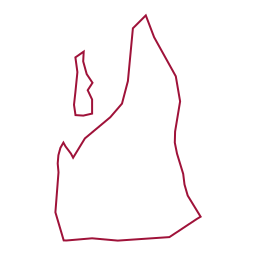 an SVG outline of Kaskazini-Unguja
{"feature_id": "TZA-3383", "entity_name": "Kaskazini-Unguja", "entity_type": "Region", "adm_level": 1, "iso_a3": "TZA", "parent_name": "United Republic of Tanzania", "parent_adm1": "", "projection": "orthographic", "projection_center": [39.264, -5.876], "detail": "fine", "context": "isolated", "style": "outline", "palette": "rose", "viewbox_px": 256, "rotation_deg": 0, "n_neighbors": 0, "source": "natural_earth", "source_scale": "10m", "svg_char_len": 637}
<svg xmlns="http://www.w3.org/2000/svg" viewBox="0 0 256 256"><path d="M63.7,240.4L55.4,212.3L58.5,172.3L57.7,163.5L58.4,155.2L60.4,147.9L63.4,142.6L65.5,146.4L71.0,153.7L73.1,157.7L84.9,138.4L110.3,117.2L122.0,103.6L127.9,81.1L132.9,28.3L145.8,15.4L154.1,37.2L175.8,76.3L180.1,101.4L175.1,131.5L174.8,142.6L177.0,153.6L183.2,173.9L184.5,184.5L187.7,195.6L200.6,216.7L196.6,219.1L169.4,237.1L117.8,240.6L92.1,238.3L66.3,240.5L63.7,240.4ZM83.7,51.6L83.2,61.4L86.7,74.1L92.5,82.8L87.7,90.2L92.1,99.5L92.1,113.6L83.3,115.6L75.5,115.1L74.0,104.8L75.4,92.1L77.4,72.1L75.4,57.4L83.7,51.6Z" fill="none" stroke="#9f1239" stroke-width="2"/></svg>